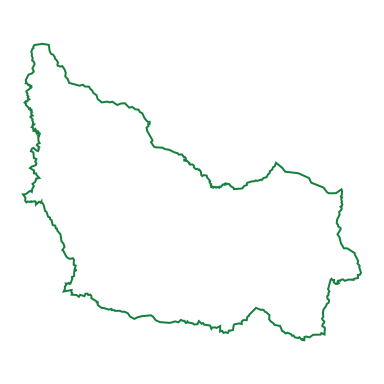 the district of Lan Sak, Uthai Thani, Thailand
{"feature_id": "78962969B44597518735554", "entity_name": "Lan Sak", "entity_type": "district", "adm_level": 2, "iso_a3": "THA", "parent_name": "Thailand", "parent_adm1": "Uthai Thani", "projection": "orthographic", "projection_center": [99.474, 15.557], "detail": "fine", "context": "isolated", "style": "outline", "palette": "green", "viewbox_px": 384, "rotation_deg": 0, "n_neighbors": 0, "source": "geoboundaries", "source_scale": "gbopen_adm2", "svg_char_len": 5855}
<svg xmlns="http://www.w3.org/2000/svg" viewBox="0 0 384 384"><path d="M134.4,318.9L137.4,317.3L141.8,316.2L150.9,315.3L153.0,316.6L155.8,320.3L159.9,322.1L170.0,322.9L175.1,321.4L178.4,322.3L180.9,319.9L183.1,320.9L184.4,320.8L185.8,323.0L186.5,322.8L187.4,321.4L188.2,322.5L192.9,323.4L194.1,324.5L197.4,324.2L198.9,321.1L201.5,323.7L202.9,323.0L204.3,324.7L210.1,325.5L211.4,328.9L212.4,327.6L215.2,327.3L216.4,328.0L220.2,326.1L220.1,331.5L222.2,330.9L223.5,332.9L225.5,332.2L227.8,333.0L229.2,330.4L230.3,330.7L233.0,329.9L233.7,325.3L234.5,324.3L238.9,323.4L241.7,324.0L241.6,322.1L242.5,320.6L244.0,320.0L246.7,320.2L247.5,316.6L249.1,315.7L249.2,314.8L256.0,307.9L261.2,310.0L262.4,309.6L263.9,310.2L264.7,311.6L266.2,312.2L269.5,315.2L269.1,319.1L270.4,321.1L273.8,323.6L274.3,324.8L280.1,326.0L282.3,331.2L283.7,331.6L285.4,333.4L287.3,332.7L291.1,334.2L292.1,335.8L293.5,335.5L294.9,337.4L298.2,338.0L299.5,337.2L301.1,339.2L302.2,339.0L302.3,340.1L304.3,340.2L304.4,337.1L306.0,336.5L309.5,337.4L313.1,334.8L320.6,334.6L321.3,333.1L324.5,334.5L324.8,327.7L322.3,326.1L322.7,324.0L324.0,323.0L324.3,321.5L322.4,319.7L322.1,318.4L323.3,316.8L322.9,312.6L323.6,309.3L325.9,306.4L326.7,304.1L328.7,302.7L329.0,299.8L327.5,298.9L327.2,296.2L328.5,295.0L328.4,293.1L329.4,291.5L328.1,289.3L330.6,279.8L331.5,278.8L332.7,280.2L334.0,280.0L333.8,282.3L335.9,284.0L337.3,283.9L338.9,283.2L338.2,282.0L337.6,282.0L338.1,280.8L339.1,280.4L340.2,280.9L341.3,279.6L343.0,279.4L344.7,280.8L349.0,279.5L353.6,279.9L353.6,279.1L354.5,278.7L358.0,278.0L357.8,275.0L359.8,274.8L361.0,272.8L359.3,267.4L359.6,265.7L357.5,263.5L358.2,261.0L354.9,254.7L354.6,253.1L347.4,248.4L343.9,248.3L340.9,243.2L339.7,237.7L337.5,234.3L340.7,229.2L340.3,227.8L338.3,226.5L337.9,224.7L336.7,223.3L337.1,219.6L339.6,214.7L339.2,211.9L341.4,209.8L341.7,208.1L340.5,206.7L342.0,205.8L342.4,204.6L341.5,202.6L342.0,201.8L341.2,199.2L342.0,197.6L341.4,197.6L340.8,196.3L341.8,195.1L342.0,190.7L341.5,189.3L336.0,193.2L328.9,193.3L327.2,192.4L323.6,187.6L311.1,182.6L309.1,178.1L298.2,173.2L285.2,171.7L282.3,167.9L276.0,162.8L274.7,166.3L273.0,167.3L272.2,169.6L269.8,171.2L269.7,172.9L268.0,174.4L266.5,177.2L263.4,178.1L261.7,180.1L260.9,179.7L257.2,180.9L255.6,180.4L254.5,181.3L252.2,181.3L247.5,182.7L246.8,183.5L246.9,185.0L244.3,185.9L242.1,188.5L233.9,189.1L233.4,187.7L230.7,186.1L229.0,184.0L226.9,183.7L226.6,184.2L225.4,183.4L224.3,184.1L224.5,184.7L222.9,184.5L220.8,186.9L219.5,186.7L219.3,187.7L217.1,187.0L216.1,187.7L214.8,186.8L213.1,187.7L211.8,187.3L212.1,186.7L211.1,186.6L211.3,185.7L210.8,185.3L211.2,184.2L210.3,183.7L209.5,181.8L210.1,181.4L209.7,180.4L207.1,177.5L206.7,175.6L203.7,175.1L202.3,176.1L201.3,175.1L200.9,171.7L199.3,169.6L198.7,169.9L197.3,168.8L195.8,169.2L193.8,167.3L193.9,165.8L193.3,165.1L192.5,164.5L190.0,164.6L189.2,163.8L189.5,163.1L186.3,160.3L185.8,160.9L184.2,160.5L184.2,159.8L185.8,159.8L185.8,158.3L184.6,156.9L183.9,157.1L182.0,154.4L178.7,154.6L177.6,153.2L174.3,152.3L169.3,149.8L164.9,149.1L162.7,147.7L155.2,147.3L153.9,146.6L151.0,142.1L152.4,140.7L152.3,139.9L147.1,130.8L146.6,127.5L148.4,126.2L148.2,124.2L149.6,124.1L149.6,121.8L148.1,121.9L147.0,121.1L144.6,118.3L142.3,113.3L139.8,112.0L138.6,109.6L135.3,109.4L132.4,107.0L129.2,107.6L124.9,103.3L121.0,103.5L117.2,105.0L112.3,101.7L109.4,102.4L107.2,101.6L101.8,102.4L97.7,99.1L96.5,95.2L93.2,92.8L92.3,90.7L90.1,88.7L89.1,86.7L85.0,86.5L82.9,84.8L79.5,85.7L69.1,82.9L67.8,79.2L65.2,76.3L65.8,72.9L64.7,69.7L62.2,66.0L60.5,66.6L57.7,65.7L57.4,64.5L58.0,62.6L56.5,60.0L55.0,58.7L54.8,57.2L53.2,54.8L50.8,53.6L49.6,50.9L48.8,44.9L42.4,43.8L34.3,45.1L33.2,47.0L33.5,48.2L32.4,48.9L31.3,51.8L31.9,53.4L31.8,55.8L32.7,57.9L32.2,60.5L33.6,61.5L34.5,63.4L34.5,64.5L32.4,68.2L33.8,71.6L32.0,73.4L28.6,74.6L25.7,80.2L26.4,82.2L25.8,83.3L27.5,83.7L28.2,85.0L29.3,84.8L31.2,86.0L30.1,86.7L31.2,87.6L26.4,91.2L26.5,92.3L27.5,93.6L27.3,95.3L28.4,96.4L27.7,97.7L29.3,99.3L27.6,100.2L27.4,101.3L25.9,101.2L24.6,102.6L25.9,103.5L25.8,105.0L28.7,107.8L28.9,108.7L30.0,108.2L30.3,109.8L31.0,109.4L31.6,110.0L30.8,110.7L32.0,112.1L31.2,112.8L31.2,114.0L32.7,115.6L30.7,116.2L30.4,116.9L32.6,119.2L32.2,120.3L33.2,122.4L32.8,124.3L34.1,124.4L31.7,127.1L33.0,127.8L33.4,130.0L35.4,128.9L35.8,130.3L34.8,131.0L37.3,131.2L36.4,132.5L36.8,133.7L37.7,133.5L37.2,132.2L37.8,131.5L39.9,133.7L39.7,134.2L38.8,133.7L39.0,135.5L38.1,135.9L38.8,136.7L38.2,137.5L38.6,141.5L39.6,143.1L37.5,144.0L36.8,145.2L39.3,147.2L38.4,148.2L38.8,149.3L38.1,151.1L36.0,150.2L33.3,147.9L32.0,148.6L30.9,151.1L33.4,152.4L33.9,158.1L36.2,158.9L36.4,159.6L35.2,161.6L36.5,163.5L35.6,165.3L31.5,166.7L30.0,168.1L34.0,170.5L33.9,173.3L36.1,173.4L36.5,174.9L39.3,178.0L36.2,178.6L35.3,181.8L32.5,183.9L33.9,186.2L32.3,188.7L31.8,191.9L30.2,190.8L25.7,194.2L23.0,194.4L25.4,197.6L25.2,200.8L26.4,202.4L27.6,201.5L29.5,201.9L31.0,201.4L31.1,200.6L31.5,201.9L35.0,201.2L35.8,202.0L35.9,204.6L39.0,201.7L40.5,202.7L41.4,201.4L41.4,202.5L42.7,203.3L43.8,205.5L45.1,211.0L46.4,211.7L48.1,216.7L49.9,217.5L50.2,219.3L51.6,220.2L52.7,225.1L55.2,225.6L55.8,228.4L56.9,228.6L57.4,230.7L60.5,234.4L61.4,241.1L63.6,243.9L64.5,246.9L62.4,250.2L63.3,250.7L66.1,256.2L67.6,257.8L69.9,258.9L73.0,258.2L73.9,259.8L73.7,264.8L75.7,265.6L74.6,269.5L75.9,269.8L76.0,270.4L74.2,271.4L74.1,276.0L71.8,277.2L72.3,278.8L70.4,283.7L69.6,283.9L68.8,282.9L68.0,283.5L65.8,283.5L66.3,284.7L64.9,286.6L64.8,289.2L63.7,291.5L71.6,290.0L71.3,292.0L72.1,292.8L71.6,294.7L76.5,295.0L78.9,296.8L80.1,294.8L84.4,296.2L85.5,293.7L87.6,293.7L88.0,294.8L88.7,295.1L90.2,294.6L91.4,296.0L91.4,298.2L96.5,301.3L96.7,302.4L97.8,302.3L97.7,304.9L101.6,307.9L104.1,308.1L108.7,309.6L111.5,308.9L111.8,310.1L114.4,310.2L115.0,310.9L119.8,310.8L121.8,311.7L124.7,311.8L127.8,313.2L130.1,316.7L134.4,318.9Z" fill="none" stroke="#15803d" stroke-width="2"/></svg>